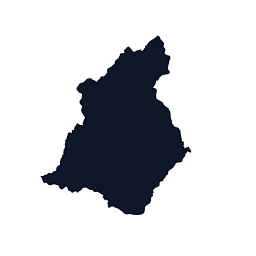 the district of Chiang Muan, Phayao, Thailand, rotated 305°
{"feature_id": "78962969B85526805551383", "entity_name": "Chiang Muan", "entity_type": "district", "adm_level": 2, "iso_a3": "THA", "parent_name": "Thailand", "parent_adm1": "Phayao", "projection": "mercator", "projection_center": [100.288, 18.938], "detail": "fine", "context": "isolated", "style": "filled", "palette": "ink", "viewbox_px": 256, "rotation_deg": 305, "n_neighbors": 0, "source": "geoboundaries", "source_scale": "gbopen_adm2", "svg_char_len": 5724}
<svg xmlns="http://www.w3.org/2000/svg" viewBox="0 0 256 256"><g transform="rotate(305 128 128)"><path d="M218.6,104.6L218.8,102.9L219.8,102.2L220.2,100.7L220.3,100.1L219.9,99.8L216.3,99.0L214.8,98.1L212.9,97.5L211.3,96.7L209.4,96.5L208.8,96.6L208.6,96.8L208.3,96.8L208.0,96.5L207.6,96.8L207.3,96.5L206.2,96.8L205.7,96.2L205.1,96.0L204.7,96.0L203.9,96.7L202.6,96.5L201.5,96.6L200.7,96.4L199.5,96.4L198.7,95.8L198.6,95.1L197.5,94.3L197.6,94.1L197.9,94.0L197.7,93.5L198.0,93.2L198.3,93.2L197.3,92.2L196.0,91.3L194.8,90.9L194.1,90.4L192.7,89.0L192.7,88.1L193.5,86.0L194.3,82.6L194.3,82.1L193.6,81.8L192.6,81.4L191.4,81.5L189.8,80.9L189.4,81.1L188.7,82.3L188.4,82.5L187.6,82.5L186.7,82.3L186.1,81.9L185.2,80.5L184.6,80.0L184.1,79.8L183.2,80.1L182.8,80.6L182.4,80.8L181.5,80.4L180.3,80.9L175.7,79.7L174.8,80.0L173.7,80.7L172.2,80.8L170.9,80.3L168.6,80.0L166.8,78.9L164.9,78.2L163.2,78.5L162.6,79.5L161.9,79.9L158.6,79.9L156.0,79.3L155.4,78.7L155.2,78.1L154.7,77.4L154.4,77.1L153.9,77.1L151.5,77.5L150.8,77.2L150.3,76.6L148.3,76.8L147.4,76.8L147.1,75.9L147.0,72.8L146.5,71.2L146.7,69.1L144.3,66.8L142.4,66.6L139.3,65.8L138.3,65.3L137.8,64.3L135.7,63.5L133.9,64.0L132.5,63.4L131.5,63.7L130.9,64.2L130.5,64.6L130.1,66.5L129.6,67.7L129.7,68.1L130.3,69.2L130.3,69.8L130.0,71.1L129.5,71.8L125.6,73.9L124.8,73.9L122.9,73.5L121.9,74.0L120.9,75.2L120.6,76.2L120.5,77.9L120.0,78.7L116.8,79.7L115.7,80.4L115.1,81.0L112.7,86.9L112.4,87.3L111.3,87.8L110.4,88.0L109.8,87.8L108.3,88.3L108.0,88.5L107.3,88.8L106.7,88.8L106.6,89.4L106.3,89.1L106.0,89.0L105.2,90.0L104.3,90.2L104.2,90.4L103.8,90.6L102.9,90.7L102.8,91.2L102.4,91.1L102.4,90.7L103.2,89.9L103.4,88.9L103.2,88.5L102.5,88.3L102.2,86.7L102.2,85.6L102.1,85.3L101.8,85.3L102.0,84.4L101.0,84.4L100.0,84.9L98.5,84.2L98.3,84.4L98.5,85.1L98.4,85.4L98.2,85.4L97.6,84.9L96.7,84.9L95.6,86.4L95.1,86.4L94.2,85.9L93.6,85.8L93.9,85.3L94.6,85.3L94.1,84.3L92.8,84.8L92.1,85.8L90.7,85.3L90.5,85.0L90.6,83.8L90.1,83.5L89.9,82.6L89.7,82.5L88.0,83.2L86.2,83.6L85.1,84.5L84.5,84.1L83.0,85.4L82.6,85.2L82.5,84.5L82.1,84.3L81.4,85.5L80.8,85.4L79.8,86.0L79.2,86.0L77.8,87.0L77.0,88.6L76.5,88.6L76.0,88.1L75.5,88.3L74.6,88.9L73.6,88.5L73.3,88.5L72.1,89.6L71.5,89.4L71.1,89.7L70.2,91.3L69.8,91.2L68.8,90.6L68.2,91.2L67.9,90.8L65.9,91.4L64.1,91.4L63.0,92.0L62.1,92.0L61.5,92.6L60.6,92.9L59.9,93.8L58.6,94.1L58.3,94.0L57.4,93.3L56.9,93.5L56.2,93.4L55.7,92.8L55.3,92.7L54.5,93.3L54.0,93.3L54.2,93.6L53.8,93.9L53.8,94.1L53.2,94.1L52.8,94.5L51.7,94.0L51.1,94.0L50.1,93.4L49.1,92.3L48.3,92.4L46.4,92.1L45.5,89.7L44.7,89.2L43.2,89.0L42.0,87.9L41.6,87.3L40.1,87.0L38.8,86.0L38.5,85.4L38.0,86.5L35.9,89.7L35.7,90.5L36.4,91.4L37.3,91.9L37.4,92.1L36.8,94.1L36.6,95.4L37.1,96.8L38.1,97.8L39.7,98.0L40.0,99.6L40.8,99.7L41.0,100.0L40.8,101.4L41.4,102.3L41.8,103.8L40.4,106.6L40.1,108.1L40.2,108.4L41.4,109.1L45.0,110.1L45.7,111.2L44.9,113.0L43.4,115.2L43.5,115.8L44.2,116.6L44.2,116.8L43.6,118.0L43.8,119.2L46.4,120.5L47.0,121.8L47.1,122.3L46.8,123.1L47.0,123.5L48.2,123.4L49.4,124.1L50.7,124.6L52.2,124.4L52.8,124.6L53.9,125.1L56.0,127.6L56.2,132.0L57.3,133.9L57.5,135.2L56.9,136.9L58.2,138.1L59.2,140.4L59.3,144.8L59.8,145.8L59.3,146.4L59.4,147.0L59.3,147.3L58.3,147.6L57.5,147.5L57.1,148.1L57.2,148.9L56.8,149.5L57.1,149.5L57.0,149.8L57.4,149.6L58.0,150.1L57.5,151.5L57.9,152.8L57.3,154.1L57.2,155.0L56.8,155.2L55.9,154.7L55.4,154.7L55.1,154.9L53.9,156.4L52.5,157.2L52.3,157.5L52.5,157.8L54.7,158.8L56.0,160.6L56.3,163.8L56.9,165.3L57.0,167.1L57.0,171.0L56.6,174.0L56.9,175.8L59.7,178.9L60.2,180.8L60.7,182.0L63.5,186.2L65.0,187.7L66.0,188.4L66.7,188.8L67.9,189.0L68.6,188.9L73.7,186.2L74.8,186.8L76.9,187.3L78.9,188.4L79.6,188.1L81.5,187.8L83.8,186.1L84.6,186.1L86.6,186.6L88.4,184.9L89.6,185.3L90.3,184.2L91.6,183.1L93.4,183.8L95.2,183.9L96.5,185.1L98.6,186.0L99.1,185.9L100.6,184.7L102.3,184.4L103.3,184.8L104.6,186.1L105.1,186.2L105.5,186.1L105.9,185.3L106.2,185.2L107.6,186.0L108.7,186.3L110.5,185.7L111.0,185.7L112.7,186.5L114.5,185.6L115.7,185.2L117.6,185.6L120.6,186.7L122.6,187.0L125.3,186.9L126.6,186.5L127.5,187.1L128.4,187.4L128.7,187.8L128.9,188.4L130.2,189.8L131.0,190.4L131.5,190.6L131.9,190.6L134.3,189.7L135.8,190.0L136.7,190.0L137.7,190.3L139.0,189.3L139.7,189.0L140.0,189.0L140.6,189.5L141.1,189.6L143.5,189.1L143.7,189.3L143.8,190.8L144.4,192.6L144.7,192.4L145.0,192.2L145.7,190.1L146.5,188.7L144.0,187.0L142.6,186.7L142.4,186.0L143.3,185.4L143.6,184.8L144.2,184.5L144.2,184.1L143.8,183.5L143.9,183.0L144.7,182.8L146.2,182.6L147.5,181.6L147.9,181.2L147.4,180.5L147.4,179.3L150.3,176.8L151.0,175.7L151.8,175.1L152.1,174.4L153.8,173.4L155.3,171.8L155.5,170.8L155.5,170.4L156.2,169.8L156.4,169.5L155.8,168.1L155.7,166.9L154.9,166.1L154.8,165.8L155.2,165.1L155.3,163.8L155.9,163.2L156.3,161.3L156.7,160.4L158.0,159.7L158.7,159.1L159.4,157.9L160.8,156.3L163.8,153.9L165.5,151.9L165.8,150.3L166.6,149.7L166.5,148.6L166.5,146.2L167.2,142.8L167.4,142.5L168.0,142.2L168.1,141.9L167.9,140.8L168.1,139.9L167.8,138.4L167.9,137.3L167.5,136.6L167.7,135.4L167.8,134.1L168.1,133.5L169.1,132.9L169.4,132.1L170.3,132.0L170.8,131.7L171.3,130.8L172.5,130.7L173.3,130.1L174.2,130.0L175.1,129.2L175.4,128.5L175.4,127.5L174.3,125.8L174.1,125.3L174.3,124.8L174.9,124.7L179.4,124.5L182.1,123.6L183.0,123.0L183.3,123.1L184.1,124.3L184.5,124.5L185.3,124.5L187.4,124.0L188.2,124.5L189.4,124.5L191.3,125.1L191.9,125.5L195.7,129.5L196.3,129.7L197.0,129.7L197.7,129.1L198.1,127.5L198.6,126.5L199.0,125.9L201.8,124.6L204.4,123.7L206.2,122.6L207.9,122.5L208.8,122.2L209.9,121.3L210.2,120.8L210.1,120.3L209.1,117.5L209.6,114.3L210.0,114.1L211.2,114.1L212.1,113.4L213.0,113.2L213.3,113.0L213.6,112.5L213.9,110.8L214.1,110.4L215.8,109.2L217.2,108.6L217.7,107.9L218.6,104.6Z" fill="#0f172a" stroke="#020617" stroke-width="1.5"/></g></svg>